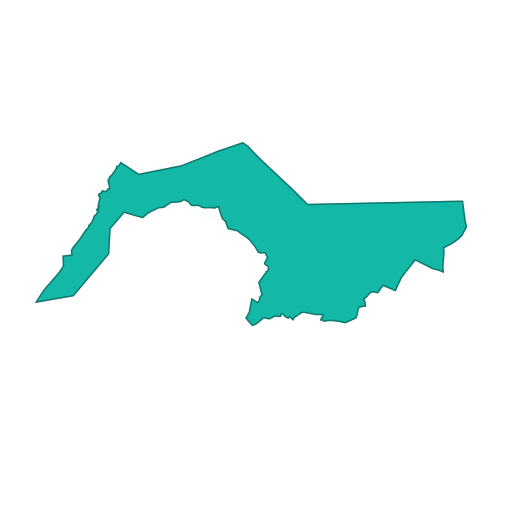 outline of Jibia, Katsina, Nigeria, rotated 33°
{"feature_id": "59680162B54988677972163", "entity_name": "Jibia", "entity_type": "district", "adm_level": 2, "iso_a3": "NGA", "parent_name": "Nigeria", "parent_adm1": "Katsina", "projection": "natural_earth1", "projection_center": [7.313, 12.988], "detail": "fine", "context": "isolated", "style": "filled", "palette": "teal", "viewbox_px": 512, "rotation_deg": 33, "n_neighbors": 0, "source": "geoboundaries", "source_scale": "gbopen_adm2", "svg_char_len": 3167}
<svg xmlns="http://www.w3.org/2000/svg" viewBox="0 0 512 512"><g transform="rotate(33 256 256)"><path d="M96.8,414.4L123.3,389.8L124.4,388.8L131.2,334.4L119.0,313.2L118.7,311.8L120.9,296.1L121.4,291.2L128.7,289.0L135.3,287.0L140.1,285.3L142.2,278.4L147.8,268.8L152.1,265.4L155.4,257.4L162.1,252.4L163.9,250.1L164.7,248.0L169.0,247.4L169.6,247.3L174.3,248.7L175.8,247.9L180.5,244.7L183.8,244.6L186.4,243.7L186.9,243.3L188.4,242.3L191.7,240.0L195.3,238.3L197.5,234.9L203.2,239.7L207.5,242.9L211.7,243.7L217.6,248.2L221.0,247.0L226.7,245.0L232.5,245.4L238.8,245.5L242.4,246.1L250.0,248.6L255.8,251.5L258.0,251.1L261.8,248.2L264.2,249.8L266.5,250.7L267.1,257.2L267.7,257.9L272.2,258.3L272.8,258.7L273.0,259.6L273.6,260.3L273.8,261.3L273.7,262.2L273.3,263.1L273.1,263.7L273.2,264.4L273.8,265.2L273.3,266.2L272.7,276.6L275.9,279.4L279.6,283.0L281.1,284.2L281.9,284.6L282.1,285.1L282.0,286.3L281.8,287.4L281.8,288.7L282.3,289.9L283.0,291.8L282.9,292.7L282.5,294.3L275.9,294.3L281.0,306.8L281.5,313.6L290.8,316.2L292.5,313.8L293.9,310.7L296.1,303.6L299.3,302.2L301.4,301.5L302.9,299.0L304.2,296.7L304.6,296.2L305.3,295.7L307.3,294.3L308.5,294.1L308.8,293.9L309.2,293.4L309.5,293.1L309.1,292.4L308.6,290.9L309.8,290.3L311.1,290.3L312.1,290.5L313.3,290.7L314.0,290.9L315.0,290.8L316.8,290.6L317.1,288.5L320.7,289.2L321.8,289.3L321.5,286.8L324.7,279.3L326.1,277.4L328.9,276.2L337.8,272.6L343.7,268.8L344.4,268.8L345.1,274.3L346.7,273.6L348.4,273.6L349.3,273.2L350.1,272.1L352.4,270.2L355.2,268.5L362.0,265.2L367.2,263.3L373.6,253.4L372.7,250.2L370.1,243.5L372.2,240.7L373.3,239.6L375.0,238.6L374.2,237.1L372.9,235.8L369.6,233.1L370.9,230.6L371.6,224.9L373.2,222.5L378.1,220.4L378.3,214.5L378.6,211.6L378.7,211.4L391.7,209.1L389.6,194.7L390.8,181.1L391.6,172.5L410.9,170.4L417.1,168.3L421.7,167.4L418.5,163.3L412.1,151.3L408.9,146.9L413.2,139.3L416.1,132.4L417.5,126.7L416.5,116.6L412.4,112.9L399.4,97.6L397.7,98.7L392.4,102.3L388.5,104.9L380.4,110.5L364.7,121.1L361.8,123.1L357.7,125.9L353.6,128.7L350.7,130.6L347.6,132.8L340.9,137.3L333.7,142.2L328.2,145.9L318.2,152.7L311.2,157.5L308.4,159.4L289.4,172.3L283.9,176.0L274.2,182.7L272.5,183.8L271.1,184.7L254.5,181.2L254.2,181.1L251.8,180.6L248.8,180.0L239.6,178.4L231.3,176.9L223.6,175.5L208.0,172.7L196.9,170.3L189.5,168.4L189.4,168.4L183.3,168.2L171.2,183.6L166.6,189.5L161.7,196.6L144.3,221.1L143.2,222.2L139.5,225.7L134.2,230.9L122.8,242.0L113.2,251.4L91.7,251.3L92.0,255.0L90.4,256.8L91.2,258.6L91.3,260.3L91.1,262.5L91.0,265.4L91.1,267.3L90.3,268.3L90.3,270.3L90.9,271.0L90.6,273.1L93.5,275.9L94.6,276.8L95.9,278.5L96.3,279.0L96.4,279.6L95.8,280.0L95.3,280.4L95.5,281.6L95.3,282.6L94.4,284.2L93.5,284.6L92.2,284.6L91.5,285.6L92.1,287.1L92.1,287.8L91.1,288.3L90.6,290.0L91.0,291.0L91.6,291.4L92.7,291.3L93.8,292.8L94.3,294.4L94.9,296.3L95.7,297.9L96.3,300.0L96.6,300.5L97.1,299.9L97.6,300.0L97.8,301.9L97.3,303.0L97.2,304.0L99.4,304.2L98.9,305.7L99.4,306.3L99.5,307.4L99.3,308.6L98.6,310.2L99.4,313.8L99.9,317.0L99.8,318.9L99.2,321.4L100.0,323.9L99.2,326.7L99.1,338.0L98.0,348.2L98.2,351.7L101.1,355.5L94.3,361.2L100.0,369.3L100.0,376.3L96.7,400.5L96.8,414.4Z" fill="#14b8a6" stroke="#0f766e" stroke-width="1.5"/></g></svg>